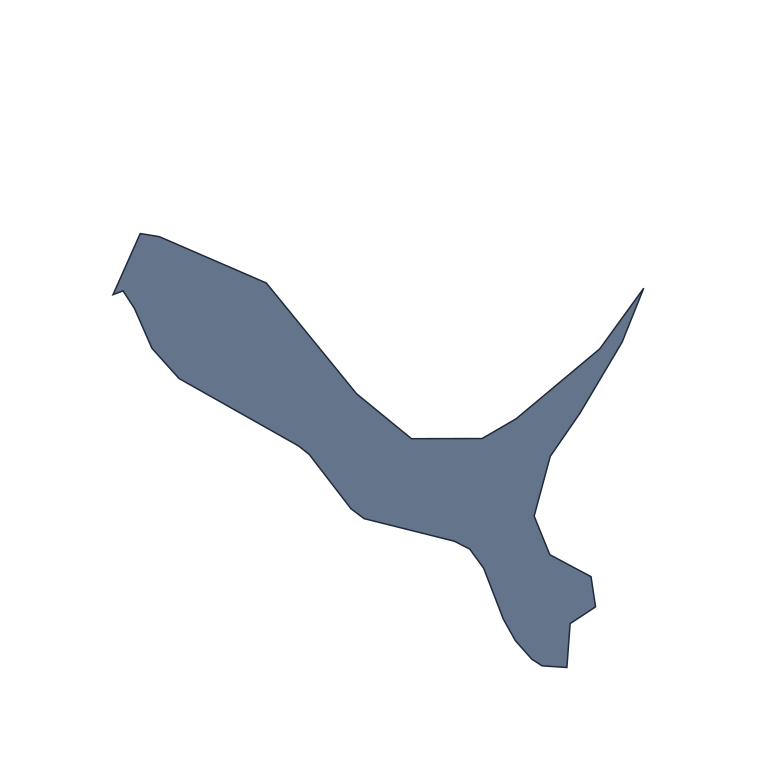 an SVG outline of Ribeira Brava, rotated 204°
{"feature_id": "CPV-5057", "entity_name": "Ribeira Brava", "entity_type": "state/province", "adm_level": 1, "iso_a3": "CPV", "parent_name": "Cabo Verde", "parent_adm1": "", "projection": "natural_earth1", "projection_center": [-24.247, 16.582], "detail": "fine", "context": "isolated", "style": "filled", "palette": "slate", "viewbox_px": 768, "rotation_deg": 204, "n_neighbors": 0, "source": "natural_earth", "source_scale": "10m", "svg_char_len": 591}
<svg xmlns="http://www.w3.org/2000/svg" viewBox="0 0 768 768"><g transform="rotate(204 384 384)"><path d="M101.6,199.4L125.0,190.8L137.0,192.7L159.5,202.9L179.2,217.6L218.0,256.2L238.4,268.0L255.6,269.0L347.4,252.9L363.4,256.6L423.8,289.3L437.2,292.7L573.4,305.6L610.5,322.2L642.8,351.6L660.3,362.9L667.9,355.4L667.9,422.3L649.3,427.2L532.6,428.4L405.0,363.9L336.7,345.2L272.2,374.1L249.1,406.1L201.2,503.9L185.7,577.2L183.5,519.1L193.1,437.0L202.7,385.6L193.1,324.4L163.1,295.5L116.5,292.2L100.1,266.5L116.5,240.8L101.6,199.4Z" fill="#64748b" stroke="#1e293b" stroke-width="1.5"/></g></svg>